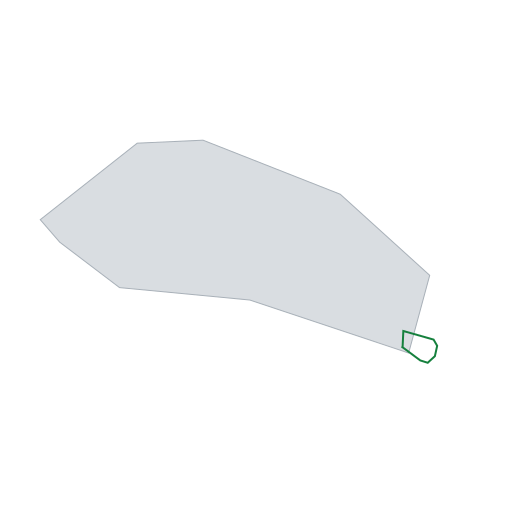 Saint Mark highlighted on a map of Dominica, rotated 300°
{"feature_id": "DMA-1438", "entity_name": "Saint Mark", "entity_type": "Parish", "adm_level": 1, "iso_a3": "DMA", "parent_name": "Dominica", "parent_adm1": "", "projection": "robinson", "projection_center": [-61.362, 15.223], "detail": "fine", "context": "in_parent", "style": "outline", "palette": "green", "viewbox_px": 512, "rotation_deg": 300, "n_neighbors": 0, "source": "natural_earth", "source_scale": "10m", "svg_char_len": 453}
<svg xmlns="http://www.w3.org/2000/svg" viewBox="0 0 512 512"><g transform="rotate(300 256 256)"><path d="M326.1,416.1L248.3,436.7L214.8,272.7L160.4,153.6L169.8,79.2L179.6,51.0L294.3,96.7L329.8,152.2L351.6,298.1L326.1,416.1Z" fill="#d9dde1" stroke="#a8b0b8" stroke-width="1"/><path d="M272.4,451.6L268.8,457.8L258.7,461.0L249.4,458.1L247.7,450.5L250.4,427.3L250.4,428.5L264.7,421.1L272.4,451.6Z" fill="none" stroke="#15803d" stroke-width="2"/></g></svg>